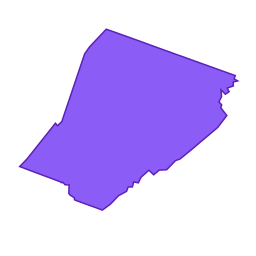 Somerset, Pennsylvania, United States of America (orthographic projection), rotated 200°
{"feature_id": "52423323B4372132198351", "entity_name": "Somerset", "entity_type": "district", "adm_level": 2, "iso_a3": "USA", "parent_name": "United States of America", "parent_adm1": "Pennsylvania", "projection": "orthographic", "projection_center": [-79.093, 40.003], "detail": "fine", "context": "isolated", "style": "filled", "palette": "violet", "viewbox_px": 256, "rotation_deg": 200, "n_neighbors": 0, "source": "geoboundaries", "source_scale": "gbopen_adm2", "svg_char_len": 804}
<svg xmlns="http://www.w3.org/2000/svg" viewBox="0 0 256 256"><g transform="rotate(200 128 128)"><path d="M182.2,213.4L191.8,191.3L194.1,182.8L192.4,111.5L195.0,106.0L197.8,107.7L212.3,64.4L216.6,54.7L174.6,54.3L172.4,54.3L172.1,53.9L171.3,54.0L170.6,54.7L167.6,53.1L163.9,54.4L161.2,46.2L159.4,45.1L154.5,44.1L153.8,42.3L152.7,42.1L124.0,42.1L118.5,50.4L113.7,61.2L107.7,68.0L107.7,72.6L103.7,74.2L104.3,79.2L99.5,80.0L99.0,86.0L93.9,95.5L87.9,92.8L84.2,99.1L77.4,102.0L72.2,113.6L68.5,116.7L59.9,131.2L55.9,138.3L43.9,159.2L39.4,173.5L47.7,178.7L47.9,181.8L51.5,183.7L50.8,189.5L53.6,195.6L48.1,193.0L45.4,196.7L48.4,199.5L43.4,203.5L44.8,207.2L41.1,209.8L45.1,210.5L45.1,213.9L124.0,213.6L126.5,213.6L153.4,213.6L154.0,213.6L182.2,213.4Z" fill="#8b5cf6" stroke="#5b21b6" stroke-width="1.5"/></g></svg>